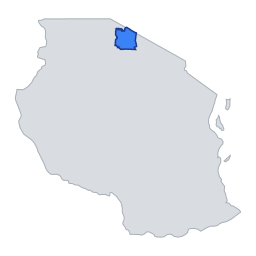 Serengeti, Mara, United Republic of Tanzania shown in context
{"feature_id": "72390352B48676394939092", "entity_name": "Serengeti", "entity_type": "district", "adm_level": 2, "iso_a3": "TZA", "parent_name": "United Republic of Tanzania", "parent_adm1": "Mara", "projection": "orthographic", "projection_center": [34.487, -1.957], "detail": "fine", "context": "in_parent", "style": "filled", "palette": "blue", "viewbox_px": 256, "rotation_deg": 0, "n_neighbors": 0, "source": "geoboundaries", "source_scale": "gbopen_adm2", "svg_char_len": 6577}
<svg xmlns="http://www.w3.org/2000/svg" viewBox="0 0 256 256"><path d="M88.9,190.5L85.6,188.8L82.6,187.7L80.1,186.5L79.0,185.4L76.7,185.0L74.7,184.8L72.9,183.7L69.1,183.3L68.7,182.6L68.6,181.1L68.0,180.7L66.6,180.3L65.1,180.3L64.2,180.5L63.7,180.4L62.4,179.5L61.3,178.3L60.8,176.4L59.1,175.2L57.1,174.3L51.5,174.4L50.7,174.1L49.4,173.1L47.8,171.6L46.5,169.8L45.4,167.4L44.3,164.1L37.8,151.0L37.1,148.5L35.8,145.7L33.8,142.4L31.6,139.9L28.6,137.6L25.3,135.3L23.5,133.8L20.0,127.6L19.3,124.7L18.7,121.7L18.9,120.5L21.0,116.7L21.3,115.6L21.0,114.1L19.9,111.0L18.5,107.3L15.8,100.5L15.4,98.7L15.4,97.4L16.9,90.5L16.9,89.5L23.3,89.7L28.0,86.6L32.0,82.1L32.8,80.2L34.5,77.2L36.1,75.8L36.7,74.8L37.6,71.9L39.7,69.9L41.8,68.4L41.4,67.3L41.7,66.9L42.8,66.2L45.0,65.4L45.5,63.9L45.5,62.2L45.1,61.2L45.2,60.1L44.8,59.5L43.4,59.4L41.2,58.5L39.4,58.1L38.2,57.6L37.7,57.3L37.5,56.2L38.5,53.6L37.5,52.5L39.7,48.1L40.1,47.5L41.0,47.5L42.3,47.0L43.4,46.8L44.4,47.0L45.1,46.8L45.8,46.3L46.3,44.8L46.7,42.3L46.5,40.2L45.5,38.7L45.3,36.3L45.7,33.1L45.4,30.4L44.4,28.3L43.3,27.0L41.7,26.4L39.2,23.1L38.4,21.6L38.5,20.6L39.4,20.2L41.0,20.3L42.5,19.9L43.9,19.0L45.3,18.8L46.0,18.9L110.2,18.8L185.0,60.7L185.4,61.2L185.9,64.8L185.8,66.1L184.6,68.1L184.3,69.2L184.3,70.0L184.6,70.3L185.5,70.4L186.4,70.9L186.7,71.3L187.3,72.8L188.1,73.6L216.4,94.2L217.0,94.5L216.6,96.2L215.0,100.4L214.9,102.1L214.2,104.2L213.6,105.5L212.0,111.4L210.6,113.6L208.7,118.7L208.4,122.6L209.4,125.4L209.7,128.0L211.9,130.5L213.6,131.4L214.8,132.6L216.8,135.2L218.0,137.9L221.7,139.2L223.2,142.1L222.6,144.2L220.9,145.9L219.2,148.6L217.9,152.2L217.8,157.7L218.7,156.8L220.6,158.2L220.8,162.2L218.7,166.9L218.1,169.1L218.0,171.0L219.4,176.7L221.6,179.5L221.4,180.4L220.8,181.2L224.6,186.3L224.2,190.7L225.6,194.1L226.1,197.1L227.0,199.4L227.2,200.9L226.0,202.7L228.8,203.1L230.4,204.5L231.1,205.9L233.1,205.9L234.2,206.8L235.8,207.6L239.2,209.9L240.1,211.0L240.6,212.1L231.0,219.3L227.5,221.1L225.1,222.0L222.4,222.5L219.9,223.6L217.5,225.4L214.5,226.2L210.8,226.2L207.0,227.5L200.8,231.2L197.3,229.1L194.6,228.5L191.4,228.5L189.4,228.8L188.7,229.2L188.1,230.5L187.6,232.5L185.4,234.5L181.8,236.4L178.4,237.1L175.3,236.7L173.2,235.9L172.1,234.7L170.5,234.2L168.4,234.3L166.3,235.1L164.4,236.6L161.3,237.2L157.0,237.0L154.7,236.3L154.4,235.1L152.5,233.6L149.1,231.9L146.6,231.9L145.0,233.5L143.5,234.5L142.1,234.9L140.9,235.0L139.2,234.5L134.5,234.4L130.0,234.4L129.6,232.1L128.6,230.7L127.8,229.9L126.3,229.6L125.9,229.0L125.3,227.6L124.6,226.3L123.6,225.3L123.0,224.4L122.8,223.5L122.9,222.5L123.9,220.2L124.2,218.5L124.1,216.9L123.5,215.2L122.5,213.1L122.6,212.5L122.2,211.2L122.2,210.2L122.4,209.0L122.2,207.4L121.3,204.0L121.3,203.1L120.3,201.5L117.3,197.6L117.2,197.1L112.5,193.1L110.6,192.3L109.9,193.0L109.7,193.7L109.9,194.9L109.8,195.6L109.6,195.9L108.5,195.8L107.8,195.7L106.0,194.6L104.6,194.4L101.2,194.5L100.0,194.8L99.0,194.6L97.2,192.8L95.1,192.4L93.2,192.3L90.0,190.2L88.9,190.5ZM222.4,124.8L223.9,129.1L223.7,130.0L222.6,130.5L222.0,130.5L221.3,129.8L220.9,128.3L220.0,128.7L218.6,126.9L217.2,126.8L216.0,124.7L216.5,122.9L216.2,119.8L217.8,118.2L218.6,115.5L219.6,117.4L219.8,120.2L221.1,123.6L222.4,124.8ZM230.1,98.9L230.2,99.9L229.9,100.9L229.9,104.0L229.8,106.0L228.6,108.9L227.6,109.9L226.8,109.6L226.1,109.1L225.6,108.3L226.7,103.1L226.2,99.3L228.4,99.7L230.1,98.9ZM226.3,161.6L225.2,161.8L224.8,161.6L224.1,160.7L225.3,160.0L226.5,158.6L229.1,156.5L230.4,154.9L230.1,156.5L228.6,160.0L227.3,160.2L226.3,161.6Z" fill="#d9dde1" stroke="#a8b0b8" stroke-width="1"/><path d="M136.3,32.9L135.5,32.6L135.3,32.5L134.8,32.4L134.4,32.1L134.2,32.1L133.5,31.6L131.7,30.7L131.0,30.2L130.8,30.0L130.4,29.7L130.0,29.4L126.6,27.3L126.1,27.6L125.8,27.7L125.6,27.7L125.4,27.9L125.2,28.0L124.8,28.9L124.8,29.0L124.9,29.3L124.9,29.5L124.9,29.8L124.8,30.1L124.5,30.2L124.4,30.3L124.2,30.2L123.9,30.4L123.9,30.5L123.8,30.4L123.7,30.5L123.8,30.6L123.7,30.6L123.7,30.8L123.4,31.0L123.1,31.0L122.9,31.0L122.7,31.1L122.4,31.1L122.5,30.9L122.3,30.8L122.2,30.7L122.3,30.6L122.2,30.5L121.9,30.6L122.1,30.7L122.1,30.8L121.9,30.8L121.7,30.8L121.6,30.7L121.7,30.4L121.7,30.2L121.8,30.1L121.9,29.7L122.0,29.6L121.9,29.5L121.9,29.4L122.0,29.4L122.0,29.5L122.1,29.4L122.0,29.2L121.9,29.1L121.7,29.1L121.4,29.1L121.2,29.0L121.1,28.9L121.0,29.0L121.0,28.9L120.9,28.9L120.9,29.0L120.7,29.0L120.6,28.9L120.4,29.0L120.2,28.9L120.3,28.9L120.2,28.9L119.9,28.9L119.6,29.0L119.6,28.9L119.4,28.8L119.2,28.9L119.2,29.0L119.2,28.9L119.2,29.0L119.1,28.9L118.9,28.9L119.0,28.8L118.9,28.8L118.9,29.0L118.7,29.0L118.5,28.9L118.4,28.9L118.4,29.0L118.4,28.9L118.3,29.0L118.2,29.1L117.9,29.0L117.7,29.0L117.8,29.1L117.7,29.2L117.7,29.3L117.6,29.2L117.4,29.1L117.5,29.0L117.4,29.0L117.5,29.0L117.4,29.0L117.3,28.9L117.2,28.7L117.3,28.6L117.2,28.4L116.9,28.3L116.8,28.5L116.7,28.8L116.8,28.9L116.7,28.9L116.6,29.0L116.4,29.1L116.5,29.1L116.4,29.1L116.5,29.2L116.4,29.3L116.3,29.5L116.2,29.5L115.9,30.2L115.8,30.5L115.7,31.1L115.7,31.7L115.7,32.0L115.8,32.3L115.7,32.5L115.7,32.8L115.7,33.0L115.6,33.4L115.6,33.6L115.6,33.8L115.6,34.4L115.6,34.9L115.8,35.0L116.0,35.3L116.2,35.6L116.3,35.9L116.8,36.3L117.0,36.6L117.0,36.8L116.8,36.9L116.8,37.1L116.7,37.2L116.6,37.4L116.7,37.5L116.9,37.5L117.0,37.7L117.2,37.9L117.2,38.0L117.0,38.3L117.0,38.5L116.9,38.6L116.8,38.8L116.7,38.9L116.5,39.0L116.4,39.1L116.2,39.3L116.0,39.5L115.9,39.4L115.7,39.6L115.6,39.8L115.5,40.1L115.5,40.3L115.6,40.6L115.5,41.2L115.5,41.4L115.5,41.9L115.4,42.1L115.3,42.3L115.4,42.6L115.5,43.2L115.3,43.8L115.3,44.2L115.2,44.6L115.1,44.9L115.1,45.1L115.0,45.4L115.2,45.5L115.3,45.5L115.5,45.5L115.8,45.6L116.0,45.6L116.2,45.4L116.3,45.5L116.5,45.6L116.6,45.8L116.8,46.0L116.9,46.3L117.0,46.4L117.0,46.5L117.3,46.8L117.7,46.9L117.7,47.0L117.7,46.9L117.7,47.0L117.8,46.9L117.9,47.1L118.0,47.1L117.9,47.1L118.1,47.2L118.3,47.2L118.3,47.3L118.5,47.3L118.4,47.4L118.5,47.4L118.8,47.5L119.1,48.1L119.4,48.2L119.5,48.3L119.8,48.4L119.9,48.6L120.0,48.7L120.1,48.8L120.3,48.9L120.4,49.0L120.6,49.2L120.6,49.3L120.8,49.3L121.1,49.3L121.1,49.2L121.3,49.2L121.5,49.3L121.6,49.2L121.8,49.2L121.9,49.3L122.1,49.3L122.4,49.2L122.5,49.2L122.6,49.3L122.8,49.3L123.0,49.2L123.5,49.3L123.7,49.2L124.0,49.3L124.4,49.2L124.6,49.2L125.1,49.1L125.5,49.1L125.8,49.0L126.3,49.1L128.6,49.2L128.8,49.2L129.5,49.2L130.8,49.2L131.2,49.2L131.7,49.4L132.6,49.4L133.0,49.4L135.5,49.5L135.3,49.2L134.3,47.3L136.5,46.5L136.5,45.4L136.0,43.2L135.9,42.6L135.7,42.0L135.3,40.6L135.6,38.5L135.6,38.4L135.7,37.6L135.8,36.5L135.9,36.0L136.1,34.4L136.1,33.9L136.3,32.9Z" fill="#3b82f6" stroke="#1e3a8a" stroke-width="1.5"/></svg>